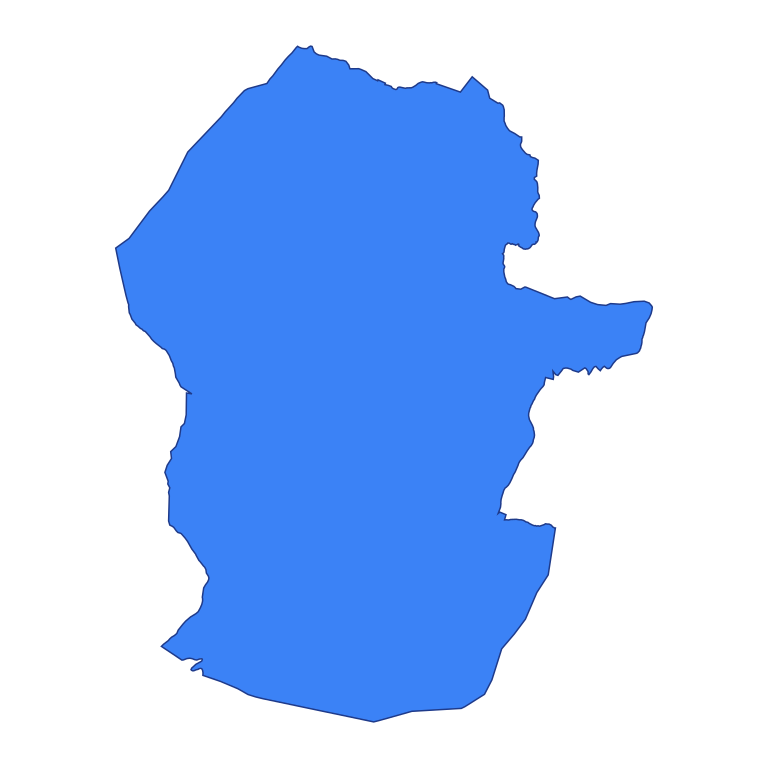 San Juan Cancuc, Chiapas, Mexico
{"feature_id": "50627088B84437137073669", "entity_name": "San Juan Cancuc", "entity_type": "district", "adm_level": 2, "iso_a3": "MEX", "parent_name": "Mexico", "parent_adm1": "Chiapas", "projection": "natural_earth1", "projection_center": [-92.376, 16.931], "detail": "fine", "context": "isolated", "style": "filled", "palette": "blue", "viewbox_px": 768, "rotation_deg": 0, "n_neighbors": 0, "source": "geoboundaries", "source_scale": "gbopen_adm2", "svg_char_len": 6059}
<svg xmlns="http://www.w3.org/2000/svg" viewBox="0 0 768 768"><path d="M620.1,304.2L610.5,303.6L606.1,305.4L597.7,304.6L590.6,302.3L580.2,296.1L576.1,296.9L570.9,299.4L569.6,298.7L567.4,297.0L554.5,298.7L526.0,287.2L524.9,287.0L523.5,287.7L520.8,289.2L515.9,288.6L515.1,287.5L513.8,286.3L510.4,284.7L508.3,284.2L507.4,283.3L506.3,281.7L505.7,279.2L504.8,277.0L503.8,271.9L503.8,269.0L504.5,267.6L504.7,266.7L504.5,266.0L503.3,264.2L503.0,263.1L503.8,258.6L503.7,257.8L503.8,255.8L503.6,255.1L502.5,253.7L503.5,252.9L504.0,252.0L504.3,249.2L505.4,245.3L506.0,244.7L507.2,243.9L507.7,243.1L509.1,243.1L510.9,244.2L511.6,244.1L511.9,243.8L512.5,243.7L513.1,244.3L514.6,244.5L515.5,245.2L516.0,244.8L517.0,244.8L517.9,244.1L518.6,244.1L518.8,244.6L518.8,245.9L520.7,247.2L521.8,247.7L523.4,248.9L525.7,249.2L526.8,248.8L527.8,248.9L529.8,247.8L530.8,246.7L531.9,245.0L533.2,244.2L534.3,244.3L534.8,244.1L535.6,243.5L536.0,243.2L536.1,242.0L536.8,242.1L537.2,241.9L538.1,240.0L538.3,237.5L538.6,236.5L539.2,235.8L539.1,234.3L538.5,232.5L535.4,227.1L535.1,226.1L535.0,225.2L535.1,223.5L535.5,221.6L536.6,219.0L537.4,216.8L537.4,215.2L537.1,213.5L535.7,211.9L533.4,211.3L532.2,210.0L532.0,209.3L532.3,207.9L533.0,206.9L533.6,205.3L535.2,202.7L538.0,199.3L539.4,198.3L539.2,195.3L538.2,193.4L537.7,191.8L537.8,187.7L537.4,183.6L536.9,181.9L535.7,180.5L534.3,179.3L534.4,177.5L536.7,176.1L536.6,173.5L536.9,170.4L538.1,164.1L538.3,160.3L534.9,158.1L532.6,157.6L530.4,156.6L529.9,154.9L527.2,154.4L525.5,153.2L522.4,149.6L520.8,147.2L520.5,145.6L520.5,144.1L521.4,142.2L521.7,141.1L521.7,137.0L519.7,136.9L514.7,133.5L510.1,131.1L509.2,130.4L507.4,128.1L505.7,125.3L505.2,123.6L504.1,121.1L504.1,117.4L504.3,116.1L504.2,109.8L503.3,106.4L502.7,105.2L499.7,102.9L497.9,103.2L489.7,98.2L487.6,90.1L472.2,76.8L460.4,92.1L436.3,83.7L436.7,82.6L435.7,82.4L435.5,82.2L433.4,82.3L431.8,82.8L430.7,82.7L429.6,82.9L427.0,82.8L423.7,82.0L422.4,81.8L421.0,82.2L418.2,83.4L415.8,85.4L412.8,87.2L411.3,87.8L406.8,87.9L405.4,88.3L399.9,87.1L398.7,87.2L397.8,87.6L397.2,88.8L396.4,89.4L395.6,89.5L393.3,88.7L392.5,88.2L391.8,87.5L391.3,86.5L388.4,85.4L384.9,84.6L385.4,83.2L378.0,79.8L377.7,80.8L372.9,78.6L365.9,71.6L361.1,69.5L358.8,68.7L349.9,68.8L348.8,65.1L345.9,61.3L343.2,60.4L339.9,60.3L337.8,59.4L335.4,58.9L332.0,59.0L326.7,56.2L319.0,55.1L316.3,53.8L314.1,51.9L312.1,46.5L310.7,46.1L309.2,46.8L307.0,48.6L304.3,48.6L301.8,48.3L298.8,47.1L297.6,46.3L296.3,47.5L292.0,52.9L288.4,56.4L285.3,59.8L281.4,64.9L278.0,68.8L272.8,75.9L270.0,78.9L266.9,83.5L247.9,88.7L244.4,90.6L237.0,98.3L233.6,102.7L225.2,111.9L221.4,116.7L187.8,152.0L168.7,190.3L162.9,196.9L149.5,211.1L129.1,238.4L115.7,248.1L119.8,268.3L123.5,284.5L126.0,295.4L128.0,302.8L128.7,304.6L128.6,306.7L129.3,312.9L130.2,314.5L131.9,319.1L135.3,323.3L136.0,324.8L137.9,326.1L140.5,328.5L141.9,329.1L143.4,330.7L145.3,331.5L149.9,336.6L151.5,339.0L153.7,341.3L156.2,343.5L161.2,347.4L162.2,348.5L164.6,349.2L166.2,350.5L169.3,355.5L171.3,360.7L172.8,363.3L173.4,366.0L174.3,367.9L175.4,373.9L175.8,377.2L179.2,383.0L180.0,385.1L181.0,386.8L191.9,393.9L186.5,393.0L186.2,414.9L184.4,423.5L181.0,426.9L179.6,436.6L175.9,446.6L170.7,451.6L171.5,458.5L167.2,465.3L164.9,472.4L168.2,481.2L167.8,484.0L169.8,487.8L168.6,492.4L169.3,495.9L168.6,521.0L169.8,525.1L172.3,526.3L173.8,527.4L176.3,530.9L177.9,532.5L180.4,533.2L181.3,533.7L185.0,537.9L187.6,541.5L191.8,549.0L195.7,554.2L196.1,555.3L198.9,560.4L199.9,561.4L203.4,565.9L204.7,567.2L205.9,569.5L206.4,573.1L208.3,576.0L208.9,578.0L208.6,579.7L207.6,582.0L205.5,584.8L203.7,587.9L202.3,597.2L202.6,598.8L202.6,601.0L202.2,602.8L201.8,604.4L200.2,608.1L198.2,611.7L196.0,613.6L190.6,616.9L185.7,621.1L183.0,624.1L178.2,630.1L176.8,633.5L174.3,635.6L171.7,637.1L169.8,638.8L168.3,640.6L163.6,644.2L161.4,646.4L181.9,660.1L183.5,659.9L186.8,658.6L189.8,658.2L192.3,658.7L194.8,659.7L196.8,660.0L199.6,659.0L201.9,658.8L202.3,659.6L201.7,661.1L195.9,664.3L191.7,668.1L191.0,669.7L191.6,670.3L192.6,670.8L193.5,670.8L194.6,670.5L195.8,669.9L198.2,669.3L198.6,668.9L200.2,668.4L200.9,668.4L201.8,668.8L202.6,670.4L203.0,672.8L202.9,675.4L220.2,681.3L237.8,688.7L248.0,694.5L255.6,696.9L263.4,698.8L373.7,721.9L378.5,720.7L411.9,711.3L461.3,708.4L464.8,706.7L484.5,694.3L491.9,679.9L501.7,648.8L514.3,634.0L525.4,619.2L536.8,592.6L548.2,574.9L555.4,528.0L554.5,528.1L553.9,527.5L552.9,527.1L551.3,525.2L549.1,524.1L547.7,524.1L545.4,523.8L544.2,524.6L539.6,526.2L538.1,525.8L536.5,526.1L535.6,525.6L534.3,525.7L532.6,525.1L529.2,523.4L528.0,522.4L525.7,521.8L524.8,521.1L523.2,520.3L521.2,519.8L519.5,519.8L516.3,519.3L510.6,519.5L508.7,520.0L506.5,519.8L504.5,519.9L506.0,514.7L499.8,512.1L498.2,513.4L500.5,507.2L500.9,503.7L500.8,502.6L501.1,499.4L502.3,495.0L502.9,493.4L503.6,490.9L504.0,489.9L505.2,487.9L506.3,487.2L508.3,485.2L509.9,482.7L511.9,478.6L513.5,474.7L515.2,471.9L518.1,465.2L518.6,463.5L519.3,462.1L520.6,460.2L523.0,457.6L527.3,450.6L529.6,447.3L531.1,445.7L532.6,443.2L533.1,441.6L533.3,440.0L534.2,437.4L534.5,435.1L534.0,431.1L533.5,430.0L533.4,428.0L532.4,425.4L529.4,419.6L528.6,415.8L528.7,413.2L530.0,408.2L530.6,407.2L531.0,405.5L531.9,404.1L533.4,400.8L534.6,399.1L535.1,397.5L536.3,395.2L539.9,390.0L541.1,388.5L543.0,386.5L544.1,384.8L544.4,382.4L545.6,377.5L553.2,379.4L553.6,376.7L553.0,371.2L555.7,374.6L557.9,375.4L561.9,370.4L562.8,369.0L563.5,368.4L565.7,368.0L567.4,368.1L570.9,369.1L572.8,370.4L578.4,372.1L584.8,367.9L586.0,368.5L588.1,371.6L588.1,373.9L588.9,374.6L590.9,372.0L592.8,368.7L594.4,366.8L596.0,366.4L598.1,368.8L600.3,370.7L601.5,368.9L602.9,367.3L604.3,366.3L606.7,368.2L608.0,368.6L609.5,368.3L610.5,367.5L613.2,363.4L616.4,359.7L619.8,357.5L621.8,356.4L636.2,353.4L637.5,352.9L639.5,350.8L639.9,349.5L640.6,348.3L641.1,345.9L641.5,344.8L641.9,342.5L642.0,339.0L642.7,337.6L642.9,336.2L643.3,335.7L643.9,333.7L644.5,331.5L646.0,322.9L649.3,317.8L651.1,313.6L652.0,309.8L652.3,307.1L651.6,305.8L649.2,303.0L644.3,301.2L634.1,301.7L625.9,303.4L620.1,304.2Z" fill="#3b82f6" stroke="#1e3a8a" stroke-width="1.5"/></svg>